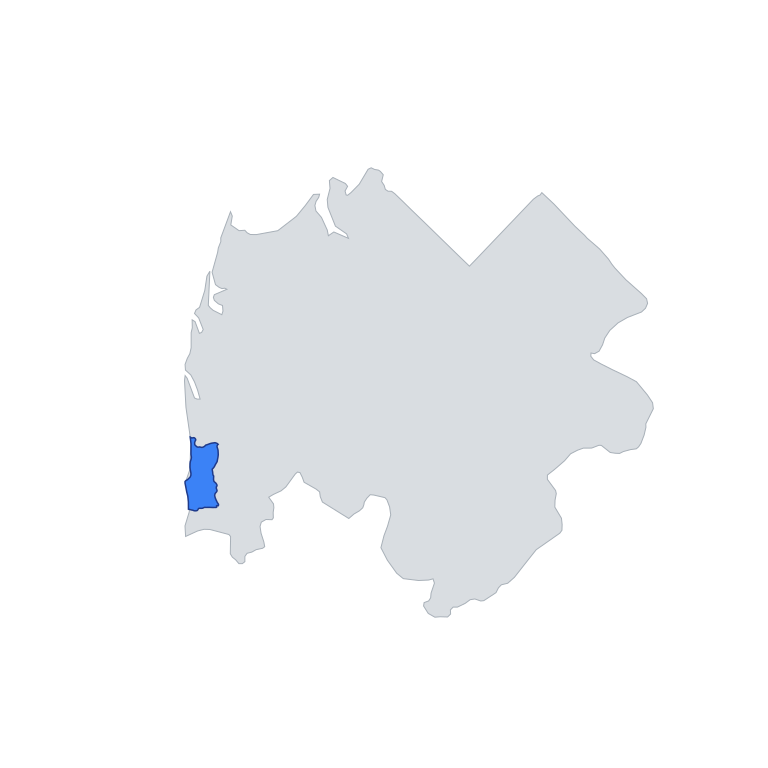 Basse-Banio, Nyanga, Gabon shown in context, rotated 44°
{"feature_id": "22940354B35468012310479", "entity_name": "Basse-Banio", "entity_type": "district", "adm_level": 2, "iso_a3": "GAB", "parent_name": "Gabon", "parent_adm1": "Nyanga", "projection": "orthographic", "projection_center": [10.764, -3.223], "detail": "fine", "context": "in_parent", "style": "filled", "palette": "blue", "viewbox_px": 768, "rotation_deg": 44, "n_neighbors": 0, "source": "geoboundaries", "source_scale": "gbopen_adm2", "svg_char_len": 5056}
<svg xmlns="http://www.w3.org/2000/svg" viewBox="0 0 768 768"><g transform="rotate(44 384 384)"><path d="M519.5,147.9L519.2,153.4L512.9,167.0L509.9,177.5L509.2,188.6L510.9,197.6L514.0,204.0L515.9,211.0L514.4,215.9L511.4,217.9L513.5,220.4L518.1,221.0L525.9,218.9L537.9,215.2L553.7,209.9L564.0,207.0L581.1,208.9L590.2,210.9L594.9,214.7L600.0,230.8L602.5,233.2L606.6,240.1L610.1,248.3L610.8,252.4L610.5,255.4L607.0,259.8L603.1,266.3L601.7,270.3L598.4,273.2L594.3,276.1L582.9,277.2L581.1,278.9L577.9,285.8L571.9,291.7L569.2,297.2L566.7,304.6L567.2,313.8L566.0,327.1L564.8,336.0L567.8,339.1L581.4,341.4L584.1,343.2L587.7,348.7L592.4,353.9L604.9,357.3L609.7,361.3L613.6,365.6L614.1,369.2L611.3,383.6L608.6,397.4L609.6,407.9L610.6,417.9L612.1,432.5L611.4,441.4L607.9,446.9L607.9,451.1L609.5,456.3L606.3,470.5L604.3,472.9L598.7,475.5L595.8,479.3L594.8,485.3L591.8,493.5L588.7,496.5L588.7,500.4L591.7,503.2L591.6,507.4L586.0,512.5L582.6,516.4L575.2,518.3L566.7,516.2L564.7,513.4L566.8,509.0L566.1,505.4L563.1,501.7L558.6,492.2L554.6,490.1L552.3,494.0L545.4,501.3L533.1,510.6L524.6,511.3L508.8,508.4L495.5,503.9L489.3,493.0L485.4,484.0L479.8,473.5L473.4,468.5L466.6,465.3L463.6,465.1L453.9,470.9L451.0,473.2L451.0,478.1L451.9,482.7L453.4,484.9L454.7,487.8L454.4,492.4L452.7,498.4L452.1,505.2L421.7,511.7L416.4,509.3L412.6,506.3L408.0,506.8L394.8,510.2L389.9,507.8L385.1,506.1L382.9,507.5L382.7,510.4L384.9,526.2L384.2,532.3L381.2,540.1L379.7,545.5L387.8,547.0L390.7,549.5L393.5,553.4L397.4,557.2L397.7,559.4L393.2,563.5L391.7,568.6L393.8,572.6L399.3,576.8L407.3,581.1L411.2,583.9L410.8,586.5L407.1,592.0L405.7,596.7L403.1,600.9L403.7,604.7L407.3,608.4L406.9,611.6L404.4,614.0L399.4,613.5L395.2,613.9L391.4,612.9L379.6,600.3L377.0,600.0L359.8,609.6L355.5,613.5L352.0,619.2L347.2,631.5L339.4,624.3L332.7,611.2L324.8,603.2L308.3,590.2L303.9,580.6L285.0,559.5L257.8,538.4L238.1,520.1L235.1,516.1L238.4,516.6L257.4,525.7L260.0,524.7L262.2,522.6L254.0,517.8L246.2,514.1L238.8,511.7L231.5,511.9L227.3,508.1L224.7,502.2L223.3,497.1L220.1,491.9L209.6,481.0L207.1,476.8L201.4,471.1L204.8,470.4L216.0,475.8L217.0,473.6L216.1,470.4L204.8,465.2L198.7,464.9L197.3,461.3L198.1,457.0L190.1,441.2L181.7,429.4L180.4,423.8L203.0,449.5L206.0,449.9L209.9,449.7L219.2,446.8L217.5,443.4L213.3,439.7L209.2,441.4L203.9,441.7L201.1,440.2L199.9,437.6L205.2,425.0L202.9,425.7L201.2,427.9L198.3,429.0L193.8,429.6L182.7,423.0L172.9,404.9L170.3,401.2L167.7,394.9L165.1,392.3L153.9,366.7L158.2,368.6L163.3,376.0L173.2,374.4L177.1,370.1L180.5,370.3L184.0,369.3L188.4,365.2L201.1,347.5L204.5,324.2L203.4,310.3L201.6,296.6L205.8,292.2L207.4,295.1L208.3,299.9L210.3,303.6L214.8,306.8L223.3,307.6L236.3,312.7L241.0,316.0L242.3,309.5L257.3,303.9L252.8,302.0L239.4,304.2L221.0,295.9L215.0,290.7L209.3,280.8L203.4,275.6L203.8,270.9L217.0,266.6L220.5,267.1L221.9,272.2L225.4,274.3L226.7,273.6L227.3,269.2L227.4,257.5L223.4,240.6L224.6,237.4L228.2,236.2L231.4,234.0L233.7,233.6L238.1,234.0L240.4,237.9L241.6,240.0L246.1,241.0L249.8,243.1L253.0,242.5L255.6,240.1L259.5,239.6L271.5,239.6L282.3,239.7L304.0,239.7L325.7,239.8L347.3,239.9L363.6,239.9L363.6,230.3L363.5,215.5L363.4,197.9L363.3,181.1L363.2,165.6L363.1,147.2L364.0,141.9L365.0,139.7L364.6,136.7L381.4,136.5L411.7,137.9L425.0,137.7L428.8,138.0L445.3,137.1L458.7,138.2L464.4,139.5L469.6,140.2L485.6,141.0L506.6,140.1L513.7,140.3L517.6,142.9L519.5,147.9Z" fill="#d9dde1" stroke="#a8b0b8" stroke-width="1"/><path d="M349.3,586.7L349.0,585.9L348.2,585.4L347.2,585.2L346.0,584.9L345.0,584.5L343.4,583.9L341.6,583.1L340.5,582.4L339.7,581.9L339.2,581.2L338.7,580.3L338.5,579.2L338.5,578.1L338.3,577.2L337.8,576.5L337.0,576.1L335.8,575.5L335.5,575.1L335.0,574.7L334.8,574.2L334.7,573.5L334.4,573.0L333.6,572.5L332.9,572.3L331.9,572.1L329.4,572.2L328.4,571.6L327.6,571.0L325.4,568.5L324.4,568.3L323.7,567.9L322.6,567.0L322.0,566.4L320.8,565.6L319.6,564.6L319.6,564.1L319.6,562.9L319.4,561.3L318.7,559.2L317.9,555.8L316.7,554.0L315.4,552.0L313.9,550.0L310.6,546.9L308.9,545.9L307.6,545.2L307.0,544.6L306.6,543.6L306.6,542.6L305.1,542.7L304.0,543.2L303.1,543.7L302.3,544.8L301.4,545.9L300.6,547.1L299.7,548.9L298.9,550.6L298.2,551.8L298.2,553.5L297.8,554.9L297.2,555.9L296.8,556.3L295.9,556.9L295.2,557.2L294.8,557.8L294.2,558.5L293.3,559.1L292.2,559.2L290.7,559.2L290.0,559.1L289.0,558.2L288.5,557.7L287.8,556.3L287.5,555.1L286.9,554.6L286.0,554.4L285.1,554.4L284.3,554.9L283.8,555.6L283.3,556.3L282.5,556.6L281.5,556.8L281.8,557.1L286.8,561.1L290.7,565.2L294.0,568.7L296.3,570.4L297.4,571.9L298.6,574.4L299.9,576.1L302.2,578.6L304.3,580.3L307.1,582.3L308.5,583.8L309.2,585.5L309.2,587.5L309.1,589.3L308.6,591.0L308.6,592.3L309.7,593.5L313.3,596.0L317.1,598.7L320.8,601.0L325.2,604.7L330.3,609.9L331.1,609.4L332.2,608.8L333.1,608.3L334.1,607.6L335.4,607.1L336.2,606.5L337.0,605.6L337.5,604.8L337.5,604.0L337.3,603.2L337.1,602.4L337.5,601.7L339.2,600.1L339.9,599.2L340.2,598.2L340.6,597.4L341.9,596.2L343.9,594.2L346.6,591.8L348.3,590.1L349.0,589.4L349.1,588.6L348.2,588.0L348.3,587.5L349.3,586.7Z" fill="#3b82f6" stroke="#1e3a8a" stroke-width="1.5"/></g></svg>